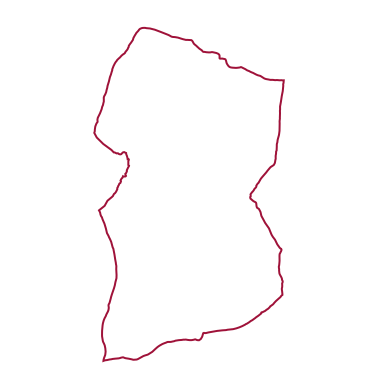 Mogolo, Gash Barka, Eritrea (Mercator projection), rotated 88°
{"feature_id": "51966322B23811751067849", "entity_name": "Mogolo", "entity_type": "district", "adm_level": 2, "iso_a3": "ERI", "parent_name": "Eritrea", "parent_adm1": "Gash Barka", "projection": "mercator", "projection_center": [37.74, 15.325], "detail": "fine", "context": "isolated", "style": "outline", "palette": "rose", "viewbox_px": 384, "rotation_deg": 88, "n_neighbors": 0, "source": "geoboundaries", "source_scale": "gbopen_adm2", "svg_char_len": 6012}
<svg xmlns="http://www.w3.org/2000/svg" viewBox="0 0 384 384"><g transform="rotate(88 192 192)"><path d="M251.9,104.9L251.7,105.4L250.8,106.3L247.3,108.6L242.6,110.7L239.6,112.8L237.4,114.0L233.1,115.6L231.1,116.3L225.4,120.0L222.7,121.3L218.5,123.4L217.8,123.6L214.6,124.2L214.0,124.4L211.3,125.7L209.9,127.6L209.6,127.7L208.4,128.0L205.6,128.2L205.0,128.4L204.5,128.8L203.3,130.9L202.5,131.8L200.6,133.8L199.7,134.0L199.0,134.0L198.4,133.5L196.9,133.5L196.4,133.6L195.8,133.2L194.1,131.8L193.7,131.3L192.5,130.3L191.0,129.4L190.0,128.3L189.4,127.8L188.8,127.5L187.9,127.5L185.8,126.0L185.3,125.3L181.1,122.7L179.3,121.1L175.1,117.2L174.0,116.3L173.6,116.0L170.9,113.6L169.8,112.5L168.3,110.0L167.7,109.2L167.0,108.8L165.9,108.2L164.2,107.8L162.6,107.5L161.9,107.2L160.6,107.2L159.6,107.1L159.1,107.2L156.8,106.7L154.4,106.5L153.5,106.0L149.9,105.7L147.6,105.6L146.5,105.4L145.5,105.0L142.9,104.6L138.1,103.1L137.0,102.9L133.9,102.4L126.5,102.0L124.4,102.0L121.7,101.6L120.7,101.6L116.3,101.3L113.8,101.3L112.8,101.1L109.6,101.0L105.0,100.0L99.1,98.9L94.4,97.8L89.2,97.1L87.3,97.1L86.2,96.7L83.6,96.4L83.6,97.6L83.4,98.7L83.4,100.7L83.1,102.9L83.1,104.1L83.1,105.2L82.8,107.0L82.7,109.7L82.3,111.3L81.7,114.1L81.1,115.7L80.2,117.0L78.4,119.6L77.6,122.2L76.9,123.7L75.0,127.0L74.7,127.8L74.0,129.3L73.2,130.6L72.3,132.7L71.1,134.4L69.0,138.3L68.9,138.9L69.2,139.7L69.4,141.8L69.5,143.4L69.4,144.9L69.3,145.6L69.2,146.9L68.9,148.7L68.5,149.8L68.3,150.2L67.2,151.3L66.1,152.0L64.7,152.8L63.5,153.1L62.0,153.4L60.7,153.9L60.3,154.5L59.9,156.3L59.7,157.1L59.7,159.3L59.5,159.6L59.2,159.8L57.0,159.7L56.3,159.8L55.7,160.1L55.4,160.3L54.6,161.3L53.9,162.9L52.9,166.8L52.9,167.6L53.1,168.8L53.1,170.2L52.8,172.8L52.4,174.7L52.4,175.3L52.3,175.8L51.9,176.4L50.7,177.3L49.9,178.4L49.4,179.1L48.5,180.2L47.9,180.7L47.2,181.5L46.2,182.4L44.7,184.1L43.8,185.0L41.4,186.2L40.8,186.6L40.2,187.4L39.8,191.5L39.8,192.2L39.8,192.7L38.9,195.9L37.2,200.7L37.0,201.7L36.6,203.6L36.4,205.6L36.2,206.5L35.9,207.3L34.7,209.2L34.0,210.6L31.0,217.5L28.5,223.5L27.1,228.3L26.7,231.6L26.3,233.3L26.3,233.9L26.3,235.5L26.5,236.6L27.1,238.2L27.8,239.1L29.0,240.0L30.2,241.2L31.5,242.4L32.5,242.9L33.1,243.4L35.9,245.1L38.0,245.8L40.9,247.9L41.7,248.6L43.6,250.0L45.0,250.3L45.9,250.9L47.1,251.4L47.6,251.8L49.3,253.3L50.2,254.0L50.5,254.0L51.0,254.5L51.4,254.9L51.7,255.6L53.3,257.7L55.1,259.4L55.8,260.3L57.5,262.2L58.2,262.6L59.3,263.6L60.9,264.7L61.9,265.2L63.1,265.9L66.1,267.2L66.6,267.4L67.7,267.5L69.2,268.1L71.7,268.9L74.3,270.0L78.7,271.2L83.0,272.7L85.0,273.1L87.1,273.8L89.2,274.3L91.6,275.4L93.0,276.3L94.2,276.8L94.9,276.9L96.4,276.9L98.6,277.0L100.2,277.5L101.9,277.9L103.8,278.8L106.0,279.4L110.2,281.2L113.7,283.1L114.7,283.6L115.6,283.8L116.5,284.0L118.6,283.9L119.0,284.2L120.2,285.1L122.5,286.1L123.3,286.4L126.1,286.9L128.1,287.1L129.5,287.6L134.2,285.3L140.9,279.0L147.2,271.0L149.7,268.8L149.7,268.0L150.8,266.0L150.7,264.7L151.5,263.7L151.9,262.5L151.7,261.4L150.6,260.3L149.9,259.4L149.8,258.2L150.4,257.3L150.7,256.5L151.2,256.5L152.3,256.3L153.6,255.8L156.1,255.2L156.5,255.3L157.0,255.2L156.9,254.3L157.5,254.0L159.3,254.6L160.8,254.6L162.1,254.7L162.9,254.7L163.5,254.0L163.9,254.1L165.3,255.0L165.9,255.3L168.0,256.4L168.8,256.3L169.8,256.7L170.9,257.3L171.5,258.0L172.3,257.9L173.0,257.6L173.6,257.4L174.1,257.9L174.2,260.0L173.9,260.4L175.3,261.0L175.9,261.7L177.0,262.5L178.1,263.0L178.4,262.7L178.9,262.6L180.5,263.3L181.1,264.3L182.5,264.9L183.3,265.5L184.3,265.8L185.1,266.4L185.8,266.6L186.5,266.5L189.1,267.9L189.9,268.5L190.6,269.1L191.1,269.9L192.0,270.5L193.2,271.1L194.2,272.2L197.8,276.8L202.8,279.8L207.1,285.6L208.7,284.8L209.6,284.5L211.1,284.3L212.4,283.9L213.1,283.6L213.8,283.1L214.5,282.8L216.0,282.4L219.1,281.2L220.3,280.7L222.1,280.2L225.6,279.3L230.1,278.4L232.9,277.0L234.3,276.5L236.2,275.6L239.0,274.5L244.6,273.2L245.9,272.6L251.6,271.7L256.7,271.1L260.0,270.6L261.5,270.5L262.4,270.3L263.6,270.2L266.5,270.4L272.4,270.3L275.5,270.5L279.5,271.7L282.6,272.4L285.4,273.3L291.7,275.7L294.3,276.6L295.5,276.9L300.0,278.3L301.5,279.2L302.4,279.4L304.9,279.2L307.0,279.6L308.5,280.2L311.5,281.9L313.0,282.5L315.2,283.8L317.2,284.7L320.1,285.6L322.1,286.0L327.6,286.7L331.8,286.9L333.2,286.9L337.8,286.3L338.8,286.0L340.6,285.2L342.2,284.6L345.1,284.1L348.5,283.9L351.8,284.4L355.1,285.8L356.9,286.3L357.7,286.4L357.4,285.5L357.1,284.2L357.0,282.8L356.5,280.2L356.4,278.8L356.0,276.6L356.0,275.9L355.9,274.9L355.7,271.1L355.4,269.6L355.1,268.7L354.8,266.9L354.9,266.3L355.4,265.3L355.8,264.1L356.4,261.0L357.2,257.8L357.6,256.6L357.6,255.6L357.5,253.1L357.1,251.9L354.2,246.2L353.7,244.6L353.1,242.3L352.8,241.5L350.3,237.2L347.5,234.0L345.7,231.8L344.4,229.8L342.9,226.9L342.1,224.7L341.7,223.4L341.1,221.9L341.0,221.3L341.1,219.4L341.0,217.9L340.8,217.0L340.5,215.1L340.0,213.7L339.6,210.3L339.5,207.6L339.3,205.9L339.3,203.2L339.7,201.3L340.0,199.2L340.0,197.3L339.7,195.4L339.4,194.2L339.4,193.7L340.1,192.3L340.3,191.4L340.4,190.2L339.3,188.4L337.2,187.0L336.5,186.7L334.9,186.2L333.5,185.7L333.2,184.9L333.4,184.5L333.5,183.2L332.9,180.3L331.7,171.7L331.3,166.2L331.2,162.9L330.9,161.3L330.5,155.6L329.8,152.4L328.9,149.4L327.8,146.5L326.4,143.5L326.0,143.0L325.6,141.9L324.2,139.5L323.0,137.8L322.2,136.2L321.5,135.2L320.1,133.1L319.5,132.4L317.9,129.9L315.8,127.1L315.6,127.0L315.0,127.0L314.7,126.7L314.6,125.8L313.4,123.1L312.1,121.4L312.0,121.1L311.4,120.1L309.9,118.4L309.1,117.9L307.3,115.2L306.9,114.7L305.7,113.7L303.9,111.9L301.4,108.9L300.2,107.4L298.9,106.4L298.3,105.7L298.1,105.3L297.4,105.2L294.4,105.4L292.8,105.6L291.8,105.6L291.2,105.5L290.7,105.3L289.2,105.1L288.0,105.1L286.5,105.1L285.9,104.8L285.0,104.5L284.5,104.5L284.0,104.6L282.8,105.1L281.6,105.2L280.5,105.6L277.3,107.2L276.3,107.5L273.5,107.7L272.0,107.6L271.0,107.8L270.2,107.8L269.4,107.8L268.5,107.5L267.2,107.3L263.9,106.9L259.0,106.8L257.8,106.7L256.8,106.5L256.3,106.1L255.6,105.8L254.4,105.1L253.5,104.7L252.6,104.6L252.1,104.8L251.9,104.9Z" fill="none" stroke="#9f1239" stroke-width="2"/></g></svg>